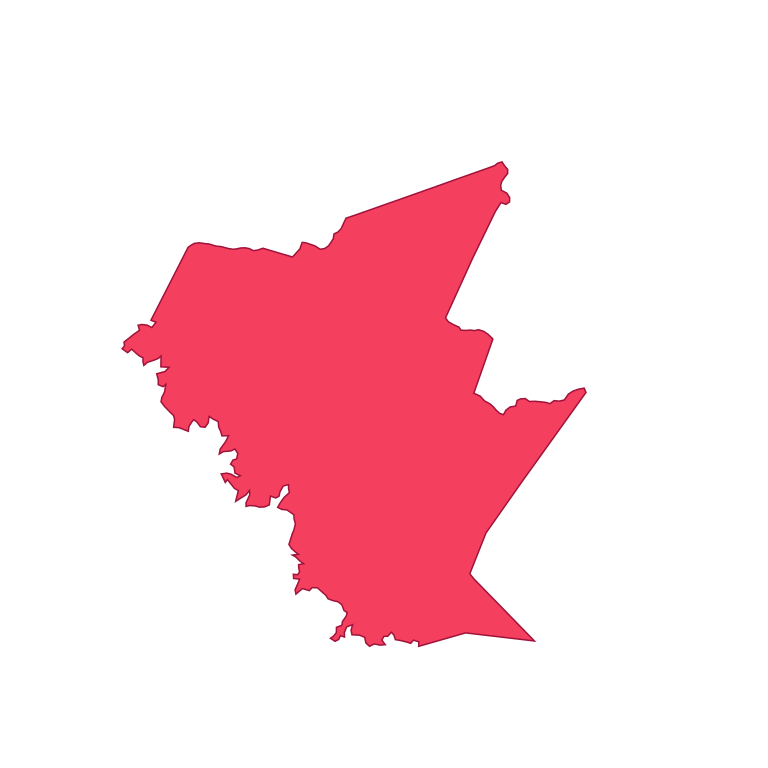 the district of Caridade, Ceará, Brazil, rotated 117°
{"feature_id": "56859067B82904278337495", "entity_name": "Caridade", "entity_type": "district", "adm_level": 2, "iso_a3": "BRA", "parent_name": "Brazil", "parent_adm1": "Ceará", "projection": "orthographic", "projection_center": [-39.078, -4.195], "detail": "fine", "context": "isolated", "style": "filled", "palette": "rose", "viewbox_px": 768, "rotation_deg": 117, "n_neighbors": 0, "source": "geoboundaries", "source_scale": "gbopen_adm2", "svg_char_len": 3531}
<svg xmlns="http://www.w3.org/2000/svg" viewBox="0 0 768 768"><g transform="rotate(117 384 384)"><path d="M296.8,203.8L300.4,208.5L304.7,212.5L309.2,215.1L316.4,216.1L319.7,220.1L321.6,224.9L326.1,227.2L327.0,231.7L328.8,236.5L330.7,241.3L333.6,246.7L332.8,251.5L335.3,255.6L338.2,257.9L343.8,256.6L347.2,261.2L352.0,263.5L357.1,263.6L357.6,267.8L356.2,272.7L354.7,276.1L353.6,280.4L353.4,286.9L351.1,292.9L351.4,299.8L294.5,307.4L292.5,313.6L291.8,319.0L292.7,324.4L295.4,327.7L296.7,331.5L298.9,335.0L301.1,339.7L299.3,343.1L299.6,349.3L299.3,354.9L297.2,359.2L232.2,362.1L179.8,363.1L169.2,362.1L168.6,356.9L164.7,354.8L160.8,356.7L158.2,361.2L158.1,367.5L153.8,370.3L150.0,371.0L145.3,370.4L140.3,369.4L136.7,371.2L134.9,375.6L132.5,379.7L135.8,383.1L139.2,384.5L150.3,395.0L168.7,412.5L187.9,430.6L205.1,446.9L249.0,488.7L253.4,493.1L258.3,493.0L265.0,492.7L269.6,494.1L272.9,496.7L277.4,495.2L282.2,495.6L286.2,496.2L290.1,498.3L292.9,502.0L292.3,508.3L293.0,513.3L293.7,517.8L294.9,521.2L301.8,520.3L307.0,521.7L312.4,523.2L318.0,553.5L322.0,557.4L324.5,560.9L324.5,565.5L325.7,569.6L327.8,573.4L330.7,576.9L332.6,579.9L334.0,584.5L335.6,591.8L337.4,596.2L338.6,603.2L340.0,606.8L342.1,612.8L344.7,616.7L347.9,618.9L351.2,620.6L411.0,620.6L433.0,620.6L432.4,615.2L439.1,616.5L439.1,621.9L440.9,626.8L443.3,629.8L447.1,626.2L453.4,629.6L460.4,632.7L464.7,634.7L467.8,632.5L471.5,633.3L472.5,626.7L467.5,624.6L469.2,618.6L470.1,614.6L470.0,610.6L473.4,609.0L476.5,606.4L472.2,604.7L466.9,599.5L463.5,596.6L460.2,595.4L470.0,590.6L466.7,583.1L472.3,584.8L478.1,591.2L482.5,587.2L487.1,584.8L486.7,579.6L483.4,578.2L490.8,575.9L496.7,575.9L501.1,574.6L503.7,569.2L506.5,561.0L507.5,557.4L510.4,554.6L518.1,551.8L516.0,546.9L515.0,536.9L510.4,538.5L505.6,538.1L502.1,537.3L502.9,533.3L505.4,528.2L503.8,523.8L498.7,523.0L492.3,525.1L492.9,520.2L492.7,514.7L497.5,511.7L500.5,507.9L503.8,504.8L500.6,499.0L507.5,499.0L516.4,500.4L521.2,499.0L517.2,496.5L514.9,492.8L512.9,489.8L509.6,487.4L512.2,482.8L517.7,481.3L520.4,484.1L525.1,484.3L526.0,479.9L531.1,476.3L530.9,470.4L534.1,472.7L533.8,479.4L534.8,483.6L538.0,488.2L541.2,484.0L543.8,480.7L540.3,480.1L542.7,474.7L544.9,469.9L545.1,465.4L555.9,462.9L545.5,456.7L539.9,455.5L543.8,453.3L552.6,453.0L555.7,451.3L553.4,448.7L551.1,443.4L550.3,439.1L547.8,434.7L543.8,431.3L535.4,434.3L534.7,428.7L531.6,426.6L527.3,427.7L520.7,427.5L517.0,423.4L520.8,421.4L523.7,419.0L530.6,421.6L536.9,422.5L542.2,422.8L542.2,418.3L540.3,413.4L540.9,408.4L541.5,404.8L544.9,403.0L548.6,399.6L554.7,398.0L558.6,397.8L570.1,395.9L572.7,391.6L573.8,387.0L574.6,383.0L578.0,387.9L578.1,384.3L580.0,378.3L580.6,374.0L583.7,378.1L586.9,376.3L589.6,374.0L593.1,374.4L594.7,378.4L598.3,376.2L596.2,370.6L600.5,370.2L607.7,369.8L611.2,367.1L603.3,363.8L602.0,356.7L598.1,355.6L595.8,350.7L597.5,344.6L598.7,339.7L600.8,336.4L600.2,331.3L598.9,326.1L599.9,321.3L603.9,316.9L604.5,313.0L607.9,312.3L614.5,313.2L618.1,312.0L622.4,315.9L627.1,313.6L631.6,314.5L634.9,316.3L635.5,310.8L632.2,308.4L628.0,308.6L627.4,304.3L623.4,306.5L617.4,307.0L612.7,302.7L618.3,301.6L622.0,298.7L618.9,291.7L618.5,286.2L623.0,282.5L624.3,277.8L620.1,274.7L618.4,268.9L615.7,264.5L613.1,269.7L608.9,269.5L607.0,266.1L601.8,264.7L603.3,261.1L606.6,257.8L605.1,252.9L603.7,247.1L603.0,242.5L598.9,241.5L597.9,235.9L602.0,234.0L571.6,201.4L568.7,198.2L546.7,138.8L544.7,133.3L542.8,138.8L516.8,215.5L514.1,221.4L470.5,225.5L407.6,216.6L299.8,200.2L296.8,203.8Z" fill="#f43f5e" stroke="#9f1239" stroke-width="1.5"/></g></svg>